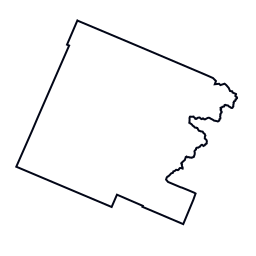 outline of Grant, Oregon, United States of America, rotated 23°
{"feature_id": "52423323B75310432732693", "entity_name": "Grant", "entity_type": "district", "adm_level": 2, "iso_a3": "USA", "parent_name": "United States of America", "parent_adm1": "Oregon", "projection": "robinson", "projection_center": [-118.403, 44.478], "detail": "fine", "context": "isolated", "style": "outline", "palette": "ink", "viewbox_px": 256, "rotation_deg": 23, "n_neighbors": 0, "source": "geoboundaries", "source_scale": "gbopen_adm2", "svg_char_len": 3608}
<svg xmlns="http://www.w3.org/2000/svg" viewBox="0 0 256 256"><g transform="rotate(23 128 128)"><path d="M39.4,48.8L39.3,75.1L41.6,75.1L40.8,154.1L40.8,167.4L40.3,207.3L143.8,207.1L143.9,193.7L172.1,193.9L172.1,194.9L201.6,194.9L216.4,194.9L216.2,168.5L215.8,161.9L214.3,161.7L207.8,161.7L200.9,161.8L199.6,162.0L195.3,162.0L189.1,162.0L185.9,162.0L183.2,160.6L183.0,158.5L183.3,157.4L183.7,156.9L184.1,156.7L184.3,156.0L184.6,155.4L184.9,154.7L185.2,153.7L185.5,152.9L186.0,152.4L186.3,152.2L186.8,151.8L186.7,150.2L187.4,149.7L188.0,149.0L188.6,147.7L189.6,147.4L190.4,147.3L190.8,146.7L191.0,146.3L191.1,145.3L191.5,144.5L193.1,144.0L193.7,144.0L194.1,144.0L194.0,143.5L193.5,142.8L192.6,142.0L192.0,141.0L191.9,140.3L191.6,140.0L191.2,140.1L190.9,139.9L190.9,139.0L191.4,138.3L191.6,137.5L192.0,137.0L192.3,136.1L192.8,135.3L192.7,134.2L192.7,133.3L192.5,132.2L193.1,131.4L193.5,131.6L194.5,131.6L195.1,131.1L195.7,131.0L196.3,131.1L196.9,130.9L197.5,130.5L197.9,130.6L198.4,130.4L198.9,129.8L199.4,129.4L199.9,128.7L199.6,128.4L199.8,127.6L199.7,126.4L199.3,125.1L198.9,124.3L198.5,123.9L198.3,123.5L198.3,122.8L198.7,121.8L199.0,121.2L198.7,120.5L198.7,119.8L199.3,119.0L199.7,118.9L200.2,118.8L200.8,118.0L201.2,117.2L201.5,117.1L201.6,116.8L201.6,116.5L201.8,115.7L202.1,115.2L202.4,114.7L202.8,114.5L203.5,114.6L204.0,114.9L204.4,115.1L204.7,114.7L205.3,114.1L205.4,113.4L205.7,113.1L205.6,112.6L206.1,112.1L206.5,111.5L206.0,110.5L205.9,109.7L205.2,108.6L204.0,108.0L203.6,107.9L202.8,107.7L202.6,107.1L202.3,106.3L202.1,105.7L202.2,105.2L202.2,104.7L201.3,104.0L200.8,103.4L199.5,103.2L198.2,102.2L197.5,102.3L196.9,102.5L196.1,102.7L195.3,102.6L194.8,102.8L194.2,102.8L193.9,102.6L193.6,102.3L192.8,101.8L192.5,101.4L191.8,100.9L191.2,101.2L190.6,101.0L189.8,101.4L189.1,101.4L187.9,100.7L186.6,100.6L185.7,99.9L185.2,99.8L184.5,99.5L183.8,99.6L183.0,99.2L182.4,99.2L182.4,98.8L181.9,97.6L181.3,95.9L180.7,94.8L180.6,93.4L180.8,93.2L181.7,93.0L182.6,92.6L183.2,92.3L183.4,92.1L183.8,91.9L184.1,92.2L184.9,92.4L185.9,92.7L186.2,93.2L186.7,93.2L186.8,93.1L187.1,93.0L187.5,92.8L187.7,92.5L187.8,91.9L187.9,91.6L189.2,90.7L189.4,90.5L190.0,90.4L190.6,90.7L191.5,91.0L192.4,91.0L192.8,90.6L192.9,90.1L193.5,89.8L194.1,90.0L194.7,90.2L195.0,90.0L195.5,90.0L195.9,89.5L196.7,88.5L197.1,88.0L197.4,87.6L198.1,87.1L199.2,86.8L200.2,87.1L200.7,87.1L202.4,87.2L203.7,87.4L204.4,87.6L205.3,87.3L206.5,87.1L207.3,86.9L208.1,86.9L208.6,86.4L209.1,85.4L208.7,84.2L209.0,83.7L209.3,83.4L209.2,82.7L208.8,82.1L208.3,81.4L208.2,80.9L208.2,80.6L208.1,80.2L207.7,79.6L207.6,79.4L207.6,79.0L207.8,78.8L207.7,78.3L207.8,77.6L208.1,77.2L208.0,76.7L207.7,76.2L207.0,76.0L206.7,75.8L206.6,75.5L206.3,75.3L206.1,75.1L206.2,74.8L206.4,74.3L206.2,73.9L205.7,73.7L205.3,73.4L205.5,73.0L206.1,72.5L206.5,72.1L206.6,71.5L207.3,71.2L208.1,70.6L208.1,70.3L208.1,69.7L207.9,69.4L208.1,69.0L208.3,68.8L208.8,68.6L209.8,68.6L210.4,68.5L211.0,68.2L211.5,68.3L211.8,68.4L212.3,68.7L213.0,68.8L213.4,68.8L213.7,68.8L214.6,69.1L215.5,69.1L216.1,68.8L216.3,68.4L216.2,67.9L216.4,67.4L216.5,67.3L216.5,66.8L216.2,66.3L215.8,65.2L215.8,64.3L215.2,63.5L215.4,62.7L215.2,62.4L215.3,61.9L215.7,61.6L216.1,61.1L216.1,60.4L215.9,60.1L215.8,59.7L216.3,59.3L216.3,59.1L216.5,58.3L216.7,58.0L216.6,57.6L216.3,57.3L216.1,57.1L215.7,57.2L215.2,57.0L214.8,56.8L214.4,56.7L214.2,56.2L214.3,55.6L214.3,55.2L214.3,54.7L214.2,54.5L210.4,54.5L209.6,53.5L207.5,54.1L205.1,51.8L201.7,50.1L199.6,49.5L196.3,52.4L194.6,51.7L190.8,53.8L190.6,50.4L186.7,48.8L180.6,48.7L101.7,48.7L40.0,48.9L39.4,48.8Z" fill="none" stroke="#020617" stroke-width="2"/></g></svg>